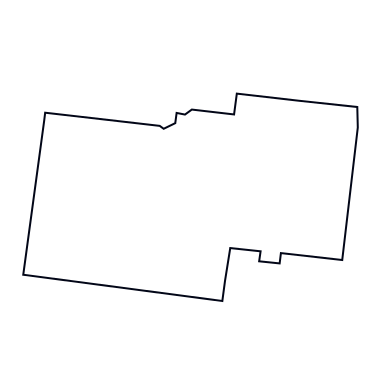 the district of Richland, Ohio, United States of America, rotated 277°
{"feature_id": "52423323B34604508478331", "entity_name": "Richland", "entity_type": "district", "adm_level": 2, "iso_a3": "USA", "parent_name": "United States of America", "parent_adm1": "Ohio", "projection": "albers", "projection_center": [-82.503, 40.773], "detail": "fine", "context": "isolated", "style": "outline", "palette": "ink", "viewbox_px": 384, "rotation_deg": 277, "n_neighbors": 0, "source": "geoboundaries", "source_scale": "gbopen_adm2", "svg_char_len": 437}
<svg xmlns="http://www.w3.org/2000/svg" viewBox="0 0 384 384"><g transform="rotate(277 192 192)"><path d="M142.8,349.4L276.2,348.7L296.5,345.7L295.6,286.8L295.1,224.5L274.1,224.3L273.8,181.8L268.0,175.6L268.6,167.1L258.3,167.0L251.3,156.2L253.7,151.9L252.8,36.6L244.8,36.6L89.3,34.6L87.5,235.4L107.9,235.6L141.0,236.8L141.5,267.3L131.4,267.1L131.8,287.7L142.2,287.7L142.8,349.4Z" fill="none" stroke="#020617" stroke-width="2"/></g></svg>